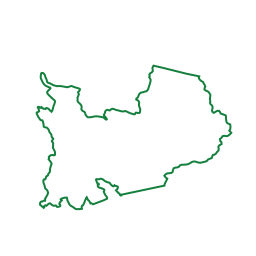 the district of Barreirinha, Amazonas, Brazil, rotated 259°
{"feature_id": "56859067B80931360184999", "entity_name": "Barreirinha", "entity_type": "district", "adm_level": 2, "iso_a3": "BRA", "parent_name": "Brazil", "parent_adm1": "Amazonas", "projection": "albers", "projection_center": [-57.163, -3.133], "detail": "fine", "context": "isolated", "style": "outline", "palette": "green", "viewbox_px": 256, "rotation_deg": 259, "n_neighbors": 0, "source": "geoboundaries", "source_scale": "gbopen_adm2", "svg_char_len": 5651}
<svg xmlns="http://www.w3.org/2000/svg" viewBox="0 0 256 256"><g transform="rotate(259 128 128)"><path d="M184.3,165.0L183.4,164.1L182.1,163.4L181.0,163.4L179.1,163.2L178.2,162.1L177.9,161.6L177.5,160.3L176.6,159.2L174.9,159.3L174.6,158.9L173.8,158.5L171.5,159.4L170.1,159.2L168.2,158.4L162.1,155.1L160.6,153.3L160.5,151.1L160.2,149.7L160.3,148.6L160.2,147.3L159.9,146.6L159.6,146.0L159.1,145.5L157.0,144.0L156.4,143.7L155.9,143.0L155.3,141.9L154.9,141.6L154.3,141.5L153.2,143.0L152.6,143.4L152.1,143.6L150.7,143.8L149.1,143.3L148.0,143.1L146.9,143.2L144.3,143.6L142.6,143.2L141.3,142.8L140.6,142.0L140.8,140.8L141.6,138.9L141.4,138.3L140.3,137.5L140.2,136.9L140.4,136.2L142.1,133.0L145.2,128.7L145.1,128.1L145.1,127.3L145.3,125.8L145.6,124.9L146.3,123.3L146.7,122.7L147.9,119.9L149.5,117.4L149.8,116.6L149.7,115.5L149.5,114.7L149.0,114.1L148.7,113.4L148.9,112.8L149.6,111.8L149.8,111.3L149.7,110.6L149.4,109.7L148.6,108.8L147.1,108.2L145.5,106.8L144.6,107.0L141.4,108.8L140.6,108.8L140.4,108.1L141.6,107.0L143.4,105.8L143.4,105.1L144.5,102.5L145.4,99.8L145.7,98.0L145.7,93.4L146.2,90.6L147.6,89.6L149.3,88.8L150.8,88.8L152.2,88.3L153.4,86.7L155.1,85.8L157.6,86.5L158.8,86.5L160.3,85.9L162.8,84.1L164.4,83.6L165.7,84.0L167.7,84.3L168.7,85.1L170.5,86.2L172.1,85.8L172.8,85.9L173.6,87.3L175.2,88.3L176.1,87.5L178.4,83.1L180.0,80.6L180.0,79.6L179.7,77.6L179.6,76.1L180.6,73.6L182.2,69.3L182.6,66.3L184.2,63.0L186.8,59.8L187.6,58.3L188.3,57.5L190.8,57.3L192.6,57.0L193.8,56.6L195.5,56.6L196.1,56.3L197.2,55.8L197.9,55.4L198.2,54.9L198.5,54.3L198.5,53.6L197.8,53.0L194.8,52.0L193.0,52.0L191.2,52.5L188.9,53.0L187.8,53.5L186.2,54.4L185.2,55.3L184.1,56.7L182.4,59.3L181.7,59.4L181.1,58.8L180.3,57.3L178.8,55.5L178.1,55.4L176.9,55.6L174.7,57.0L170.7,59.9L169.3,61.1L168.6,61.4L167.5,61.3L165.4,60.2L164.3,59.4L159.5,57.0L158.6,56.0L159.4,55.6L159.8,55.0L160.5,54.5L161.2,54.3L161.7,53.8L162.2,53.3L162.7,52.9L162.9,52.3L163.2,51.5L162.4,50.7L162.8,49.8L162.9,48.8L163.4,48.4L163.7,48.0L163.9,47.4L164.4,47.1L165.0,47.1L164.9,46.4L164.6,45.8L165.6,44.8L165.9,43.8L165.3,43.3L164.8,43.6L163.3,43.9L161.5,44.0L161.0,43.3L160.6,41.4L160.0,41.1L159.1,41.3L156.4,41.9L152.7,43.5L152.2,44.1L152.1,44.9L151.7,45.5L150.7,45.7L148.6,45.8L145.7,45.6L144.9,45.9L144.5,46.8L144.2,47.6L143.9,48.2L143.3,48.8L142.1,49.5L141.3,49.8L138.8,50.2L136.5,51.4L135.8,51.5L133.9,51.4L133.0,51.7L132.5,52.0L131.9,52.6L131.0,52.2L130.6,51.6L130.0,50.9L129.3,50.7L128.5,51.3L127.7,51.6L127.0,51.6L125.3,51.1L124.7,51.1L124.0,50.9L123.4,50.5L122.7,50.6L120.9,51.2L120.2,51.3L119.3,51.6L118.4,51.7L117.4,51.6L115.9,51.3L115.3,50.8L115.3,50.1L115.8,49.4L116.0,46.7L115.6,46.2L114.9,44.8L113.3,44.8L112.5,44.1L111.6,44.5L111.1,44.9L108.0,46.2L107.0,46.0L106.4,45.5L103.7,44.1L102.4,43.6L101.6,43.3L100.9,43.3L99.9,42.9L99.4,42.5L98.4,41.2L97.9,40.9L96.8,40.4L96.5,39.9L96.1,38.6L95.6,38.2L93.9,37.4L93.4,36.7L93.6,35.8L93.3,35.3L92.7,34.9L91.9,34.8L89.8,34.6L88.4,35.0L84.7,35.2L84.2,35.4L82.5,36.7L81.8,36.9L80.8,37.1L79.5,37.1L78.0,36.3L75.3,34.0L75.0,33.5L73.8,33.0L73.0,33.0L72.4,32.6L72.7,32.1L72.7,31.3L72.2,30.1L72.3,29.4L72.3,28.6L71.9,28.0L71.4,27.5L69.5,27.0L65.7,30.0L66.2,30.7L67.0,30.6L67.4,30.9L67.7,31.5L67.8,32.4L67.2,33.1L68.7,35.5L69.0,36.5L68.9,37.1L68.5,37.6L67.6,38.1L67.1,38.6L65.9,40.1L65.7,40.8L65.8,41.9L65.6,42.5L65.0,42.9L64.2,43.2L63.9,44.2L64.0,45.8L64.3,46.6L65.2,46.8L65.9,46.6L66.3,46.2L66.9,46.2L67.9,46.9L68.8,48.0L69.2,48.8L69.5,49.2L70.2,48.9L70.7,48.3L71.1,48.6L71.4,49.2L71.7,52.7L71.5,53.5L71.4,54.6L70.7,54.8L69.2,54.7L67.9,54.8L65.2,55.7L64.5,55.7L63.4,56.4L62.5,57.0L61.1,58.8L59.3,60.3L58.3,61.6L57.7,64.3L57.5,67.4L58.6,67.3L59.7,67.6L60.3,67.9L60.7,68.5L60.7,69.1L61.1,69.5L61.7,69.8L63.0,70.9L64.8,71.8L66.2,72.9L67.4,73.7L67.9,74.3L67.3,74.5L65.9,74.7L64.5,75.3L64.1,75.8L63.4,76.1L62.0,76.6L61.1,76.8L61.2,77.5L60.9,78.0L59.8,79.1L61.7,90.4L62.6,93.9L63.4,94.2L64.2,94.1L66.4,93.0L68.8,92.3L70.0,92.0L70.8,92.6L71.5,93.0L72.3,92.7L72.9,92.1L73.4,91.1L74.0,90.5L75.2,88.0L75.8,87.5L77.2,87.3L77.8,87.3L78.1,87.9L78.1,88.6L78.9,88.6L79.7,87.4L80.3,87.1L82.0,86.9L83.5,86.8L83.8,87.3L83.6,87.9L83.5,88.5L83.2,89.5L83.5,91.1L83.3,91.8L82.6,93.3L80.0,95.5L79.6,96.3L79.0,96.8L78.7,97.7L78.1,98.5L77.9,99.3L77.2,99.8L75.7,100.4L74.2,101.6L73.6,102.2L73.5,102.8L74.0,103.3L74.4,103.8L73.8,104.2L72.9,106.1L72.5,106.7L71.7,106.8L70.9,106.4L69.9,105.7L69.2,104.3L67.9,104.9L66.6,106.0L66.0,106.1L65.6,106.6L65.2,107.2L63.9,107.3L63.2,107.8L63.1,108.7L63.8,109.1L63.8,109.6L64.5,152.8L65.9,153.2L70.7,156.9L72.3,155.5L74.2,154.6L75.4,156.1L76.0,158.2L75.7,159.8L75.7,162.1L76.3,163.4L78.0,164.0L79.7,165.1L80.1,167.1L79.9,168.5L80.2,170.5L81.5,172.0L81.7,174.1L81.4,175.2L81.0,178.5L81.1,180.1L81.5,182.0L82.1,183.3L82.6,184.8L82.4,187.3L80.7,190.4L80.1,192.1L80.1,194.1L80.2,196.2L80.4,198.8L81.8,200.6L82.3,202.8L82.5,204.4L84.3,205.4L85.4,206.3L85.3,207.8L86.0,209.3L87.5,210.9L88.5,212.4L90.2,213.1L91.9,213.0L93.4,214.0L94.4,216.8L96.4,217.0L97.5,216.1L99.6,216.1L100.5,217.8L102.0,219.4L101.9,221.2L101.3,222.7L101.2,224.3L102.2,226.7L103.6,228.5L106.1,226.9L107.3,228.1L109.5,228.8L112.0,229.0L112.8,227.8L113.8,226.4L115.4,225.8L119.0,226.0L120.5,226.4L121.9,226.2L122.7,224.7L123.6,223.4L124.5,221.7L126.1,221.4L127.5,220.6L127.8,218.8L126.5,215.1L127.9,213.9L129.5,213.8L130.8,214.6L132.7,215.1L134.4,214.6L135.7,213.5L137.2,213.3L138.6,213.9L140.8,213.9L143.1,214.7L144.9,215.2L147.8,214.1L149.0,212.9L150.0,211.4L151.0,210.4L152.5,210.7L153.9,211.8L155.6,211.5L157.1,210.8L158.7,210.6L159.6,209.5L160.6,208.5L162.1,207.5L163.6,207.0L165.1,207.8L170.1,195.8L180.0,174.6L184.3,165.0Z" fill="none" stroke="#15803d" stroke-width="2"/></g></svg>